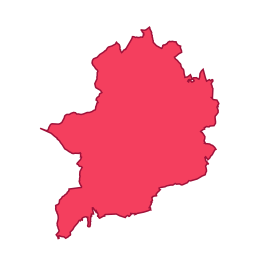 outline of Ticleni, Gorj, Romania, rotated 167°
{"feature_id": "2599482B86520086133698", "entity_name": "Ticleni", "entity_type": "district", "adm_level": 2, "iso_a3": "ROU", "parent_name": "Romania", "parent_adm1": "Gorj", "projection": "albers", "projection_center": [23.405, 44.879], "detail": "fine", "context": "isolated", "style": "filled", "palette": "rose", "viewbox_px": 256, "rotation_deg": 167, "n_neighbors": 0, "source": "geoboundaries", "source_scale": "gbopen_adm2", "svg_char_len": 5744}
<svg xmlns="http://www.w3.org/2000/svg" viewBox="0 0 256 256"><g transform="rotate(167 128 128)"><path d="M93.0,220.6L93.1,220.3L92.5,219.2L92.5,218.5L92.1,218.1L92.0,217.6L91.4,217.1L91.5,216.5L92.0,216.0L91.9,215.3L91.7,215.3L91.9,214.8L92.4,214.6L93.4,213.2L95.2,213.8L96.1,213.6L98.0,213.9L99.1,214.6L100.2,214.5L101.9,215.7L103.1,216.0L103.9,214.5L105.2,213.0L112.2,205.6L112.6,205.6L112.7,205.1L114.6,204.9L116.5,203.2L117.3,202.9L117.9,204.9L117.7,205.8L118.2,206.7L117.6,208.5L117.7,210.5L117.9,211.3L119.6,213.3L119.9,214.2L120.4,213.9L120.9,213.0L121.4,212.6L125.4,211.5L128.8,211.3L129.9,210.7L132.2,208.5L133.1,208.4L134.8,207.4L138.9,206.0L142.1,203.8L145.8,203.2L146.6,202.7L147.6,201.5L148.4,199.5L148.1,199.4L148.2,197.6L146.9,195.2L146.2,193.1L144.7,191.0L144.7,189.8L145.5,189.0L146.3,185.6L146.8,184.8L147.2,182.7L148.0,181.8L150.4,178.6L150.4,175.2L150.1,174.4L146.3,170.8L145.5,168.4L147.8,167.7L148.4,166.9L148.9,165.6L151.3,164.6L152.2,163.7L152.8,162.4L152.0,161.8L151.6,159.5L152.6,159.3L154.0,156.7L154.5,156.2L155.6,153.3L156.0,153.0L157.8,152.8L158.9,152.2L161.8,151.8L164.4,152.3L168.3,151.7L170.7,151.7L173.3,152.9L174.8,153.1L175.8,154.7L177.5,155.4L180.3,155.1L182.1,154.4L184.5,155.0L185.9,154.6L187.0,153.9L187.9,152.1L191.1,148.4L192.0,148.0L193.3,147.5L194.8,147.4L201.1,149.2L202.2,149.0L202.8,148.7L204.9,146.4L206.1,144.3L206.8,143.9L208.3,143.9L213.7,147.5L204.0,140.1L201.5,136.6L199.2,133.9L199.5,133.6L199.4,133.2L197.6,130.9L197.1,129.1L195.8,126.4L194.5,122.5L194.0,121.5L193.0,120.8L190.3,117.8L189.3,117.2L188.7,116.3L187.2,115.4L185.1,115.3L181.9,114.4L180.2,114.5L180.2,114.0L179.9,113.8L180.2,113.4L180.4,111.0L180.8,110.5L179.9,110.0L181.3,108.0L185.7,104.9L185.6,104.0L184.7,103.6L184.0,101.6L182.3,101.0L181.5,100.0L184.6,96.4L185.6,93.2L185.7,92.3L185.5,92.0L186.6,89.5L187.0,87.6L187.5,87.3L187.4,84.5L187.1,83.9L187.0,82.9L186.5,82.0L186.5,81.3L187.1,80.9L187.0,80.6L199.2,81.8L199.4,80.8L200.0,80.2L200.1,79.7L201.5,79.1L202.0,78.6L202.1,78.0L204.6,77.0L205.9,76.1L207.3,75.9L208.7,74.4L210.9,73.2L211.9,70.4L213.2,69.3L215.6,68.9L216.0,68.5L216.1,67.1L216.6,65.7L216.7,64.4L216.6,63.2L216.1,62.2L216.4,61.3L216.0,60.4L215.8,58.0L216.1,57.0L216.1,56.1L217.0,53.9L218.6,50.9L218.6,49.9L218.9,48.7L218.6,48.0L218.6,46.0L218.2,43.4L218.9,42.4L222.0,40.1L220.9,37.7L220.9,36.0L220.1,36.0L219.7,38.3L219.4,38.6L217.4,37.3L214.8,36.3L213.5,34.6L210.8,35.4L209.4,36.3L208.3,36.6L207.9,37.4L207.8,39.5L204.6,41.5L202.8,43.6L198.3,46.9L196.6,48.7L196.2,49.0L195.3,48.3L194.9,48.9L194.3,49.1L193.3,48.5L193.0,49.3L193.3,50.2L192.2,50.8L190.3,51.1L188.8,51.0L188.2,50.3L187.3,50.1L187.4,49.3L187.8,48.9L187.7,47.6L188.1,46.6L187.7,45.3L188.3,44.6L188.4,43.9L188.2,43.6L189.2,42.3L189.3,41.3L188.8,40.7L187.7,40.5L187.5,40.8L187.2,40.7L186.3,42.6L185.9,44.9L185.4,45.3L185.5,46.1L185.2,46.6L184.7,48.9L184.4,49.0L184.2,50.4L183.3,50.3L183.0,52.3L180.9,52.0L180.9,56.7L180.6,58.2L180.0,58.1L178.2,53.6L178.1,53.9L178.4,54.9L177.7,54.9L177.4,53.4L176.8,52.1L176.6,50.4L176.8,49.6L177.3,49.4L177.4,48.8L176.6,48.5L176.6,47.4L175.9,46.5L171.9,47.6L170.5,47.4L170.4,47.8L170.7,48.1L170.6,48.3L169.5,48.8L158.7,46.8L155.9,44.4L150.8,41.4L149.9,42.2L148.2,42.9L147.3,42.4L147.0,41.7L146.5,41.7L144.0,43.4L144.5,43.7L144.5,44.1L141.4,43.1L140.3,43.1L140.0,42.7L140.4,42.2L139.3,42.3L138.4,42.7L131.7,42.5L127.1,42.8L124.9,43.3L124.3,43.0L124.1,45.1L125.3,45.5L125.1,45.9L124.5,46.1L123.4,47.9L122.8,48.1L122.1,49.5L122.2,50.4L121.4,50.3L121.3,50.7L121.6,51.1L120.5,51.9L120.4,55.0L119.7,55.0L119.2,55.7L117.2,55.8L116.0,55.5L115.4,55.6L115.6,56.7L115.3,57.4L114.9,57.5L114.0,58.5L111.8,59.7L110.6,60.6L111.0,60.8L111.3,61.3L111.2,62.5L109.1,62.7L105.1,62.4L103.3,62.9L99.3,62.8L97.1,62.3L94.5,63.3L93.5,62.4L90.3,61.9L88.9,60.6L87.7,60.4L82.4,61.4L80.5,63.0L78.9,62.4L72.0,62.8L66.7,64.5L63.3,65.1L62.2,67.2L61.4,67.9L61.0,69.3L60.9,71.9L61.0,72.9L60.9,73.6L58.9,75.4L58.6,75.5L58.1,74.9L57.8,75.1L58.0,75.7L59.0,77.0L58.7,77.7L59.2,77.8L59.5,78.3L59.7,79.3L59.5,80.2L59.7,82.0L58.8,82.5L57.2,79.2L56.4,79.6L55.1,80.4L53.6,82.2L52.9,82.4L51.8,83.2L48.4,87.1L47.1,87.4L47.9,89.6L49.5,92.0L50.6,92.6L52.0,94.0L54.7,95.0L55.8,95.2L56.9,96.1L56.2,96.5L56.8,98.3L55.7,100.2L55.0,102.2L56.0,105.3L56.6,106.4L56.6,106.9L57.2,107.1L58.0,108.3L55.5,109.5L53.6,109.7L53.5,111.2L52.2,111.3L52.0,111.6L51.0,111.8L49.8,111.1L48.5,110.9L47.6,111.5L43.7,110.9L41.7,112.9L41.3,114.4L40.8,118.8L40.4,119.9L38.7,121.1L36.7,122.9L36.2,125.0L36.6,128.3L35.6,129.7L35.4,129.4L35.4,130.0L34.5,130.7L34.0,131.5L35.1,135.2L38.5,136.5L39.8,138.8L38.9,138.6L36.4,147.4L36.8,148.6L36.6,149.9L37.0,152.2L35.7,154.0L35.1,154.2L34.7,154.7L34.6,155.7L34.8,156.1L35.3,156.2L36.8,155.5L37.9,156.8L40.9,156.0L41.3,159.3L41.6,168.3L43.8,166.9L45.6,164.8L46.7,161.5L47.8,159.7L48.3,159.8L50.0,161.6L52.7,162.2L54.1,161.5L53.5,160.2L52.9,159.7L52.9,159.2L53.2,158.8L55.1,158.3L55.6,158.5L56.2,159.7L57.4,160.8L58.0,160.5L58.6,159.3L59.3,160.1L58.1,161.4L57.0,161.4L56.1,160.6L54.8,161.1L54.7,161.7L54.5,161.9L55.2,165.9L58.5,164.4L61.2,164.5L61.0,165.5L61.1,168.2L60.8,170.7L60.8,172.6L62.0,174.3L62.5,176.3L62.3,177.4L62.5,178.7L63.7,180.6L64.7,182.7L66.3,184.7L66.8,186.6L65.0,187.2L62.0,188.8L58.7,189.7L58.5,191.5L58.9,194.0L58.8,194.8L58.3,195.9L60.4,197.3L61.6,199.5L61.8,201.2L63.0,201.4L65.4,202.5L66.8,202.5L68.1,203.1L70.1,202.4L70.8,201.4L71.6,201.4L72.1,201.0L73.5,200.7L74.4,200.9L75.1,200.8L75.6,200.5L75.7,199.8L76.6,198.8L76.8,198.2L77.5,198.0L81.8,201.8L84.1,205.8L83.8,207.6L84.0,208.3L83.8,210.4L84.0,211.1L83.6,212.8L83.9,213.8L83.9,214.8L83.5,215.4L83.7,217.1L84.0,217.5L84.0,218.1L84.4,219.5L84.2,220.6L84.4,221.4L88.1,219.7L89.2,219.5L90.3,219.6L93.0,220.6Z" fill="#f43f5e" stroke="#9f1239" stroke-width="1.5"/></g></svg>